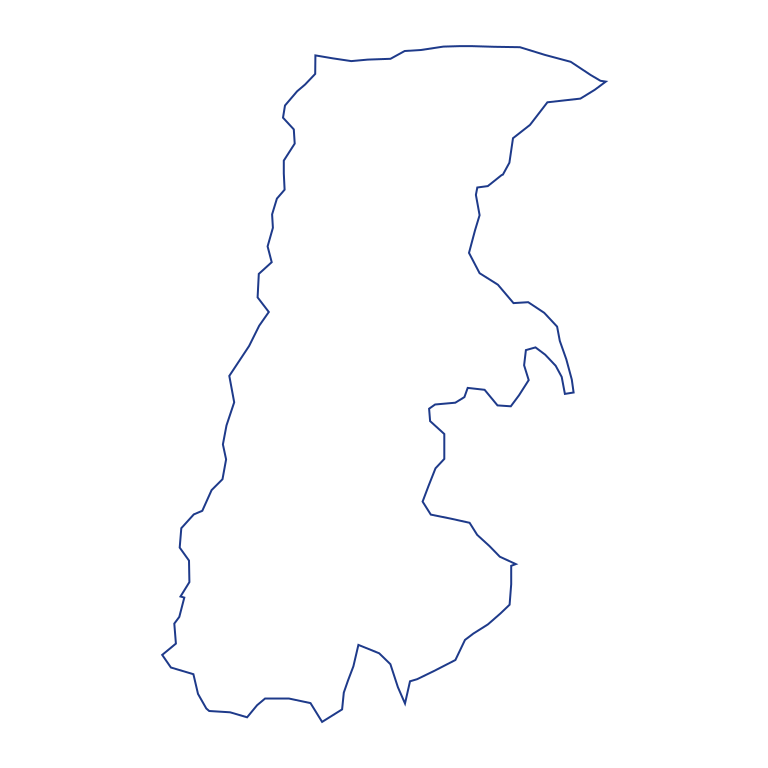 the district of Pano Kivides, Limassol, Cyprus
{"feature_id": "46923920B16350634137742", "entity_name": "Pano Kivides", "entity_type": "district", "adm_level": 2, "iso_a3": "CYP", "parent_name": "Cyprus", "parent_adm1": "Limassol", "projection": "orthographic", "projection_center": [32.846, 34.75], "detail": "fine", "context": "isolated", "style": "outline", "palette": "blue", "viewbox_px": 768, "rotation_deg": 0, "n_neighbors": 0, "source": "geoboundaries", "source_scale": "gbopen_adm2", "svg_char_len": 1833}
<svg xmlns="http://www.w3.org/2000/svg" viewBox="0 0 768 768"><path d="M515.8,564.1L499.8,556.7L489.5,546.1L477.2,534.9L469.6,522.8L451.1,518.7L430.8,514.6L422.6,501.6L428.5,486.0L435.5,468.3L444.3,458.9L444.3,434.0L430.1,421.1L429.1,408.7L435.1,404.5L455.3,402.7L464.4,397.1L467.7,387.9L484.6,389.8L497.5,405.4L510.8,406.3L519.0,395.3L528.7,380.1L524.1,365.3L525.9,350.1L535.5,347.4L545.2,354.7L555.7,365.8L561.7,376.9L564.9,393.9L573.6,392.5L571.8,379.6L566.3,359.3L559.8,340.9L557.1,326.6L548.5,317.4L544.2,312.8L528.2,302.2L513.5,303.1L497.9,284.7L479.6,273.2L469.0,252.9L475.0,230.4L479.6,215.2L475.9,194.9L477.3,187.5L487.8,186.1L501.6,175.1L502.9,174.6L509.4,162.7L513.0,138.2L530.0,124.9L547.4,102.3L580.4,98.6L594.6,89.9L605.8,81.6L600.5,80.8L590.8,75.1L570.7,61.8L544.9,54.9L519.9,47.2L494.5,46.8L470.7,46.1L460.9,46.1L443.4,46.6L420.9,50.0L404.7,51.0L390.5,58.8L367.8,59.6L351.3,61.1L332.5,58.3L315.4,55.4L315.2,73.9L305.1,84.5L297.1,91.3L285.0,105.5L283.0,117.7L293.8,129.4L294.7,143.6L283.8,160.6L283.8,173.5L284.6,189.7L276.9,198.6L272.1,214.4L272.9,227.8L267.6,246.4L271.7,262.2L258.8,273.9L257.6,297.4L268.8,312.0L259.2,325.7L249.1,346.0L229.3,375.9L234.2,402.3L226.5,425.4L222.9,444.4L226.1,459.4L222.5,479.2L211.6,490.1L202.3,510.8L193.8,514.4L181.3,528.2L179.7,547.6L189.0,560.6L189.4,582.1L180.5,596.5L184.3,597.6L179.3,616.9L174.3,623.6L175.9,643.6L162.2,654.9L170.9,667.5L193.4,674.2L198.0,693.9L206.3,708.5L209.2,711.0L230.1,712.3L247.1,717.3L257.1,705.2L265.1,698.5L288.8,698.5L310.5,703.1L322.1,721.9L342.1,709.4L343.8,692.6L348.0,680.5L353.4,666.3L358.4,644.9L379.2,653.3L390.4,664.2L397.9,687.2L405.0,703.5L410.0,681.3L417.1,679.2L434.2,670.9L455.4,660.0L465.0,639.9L473.3,633.6L487.9,624.4L500.4,613.5L509.6,604.7L511.2,584.2L511.2,565.8L515.8,564.1Z" fill="none" stroke="#1e3a8a" stroke-width="2"/></svg>